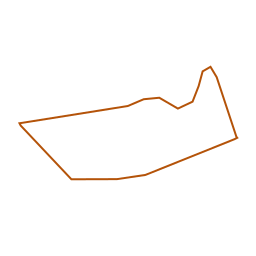 Djibouti, Equal Earth projection, rotated 352°
{"feature_id": "DJI-1567", "entity_name": "Djibouti", "entity_type": "City", "adm_level": 1, "iso_a3": "DJI", "parent_name": "Djibouti", "parent_adm1": "", "projection": "equal_earth", "projection_center": [43.069, 11.565], "detail": "fine", "context": "isolated", "style": "outline", "palette": "amber", "viewbox_px": 256, "rotation_deg": 352, "n_neighbors": 0, "source": "natural_earth", "source_scale": "10m", "svg_char_len": 374}
<svg xmlns="http://www.w3.org/2000/svg" viewBox="0 0 256 256"><g transform="rotate(352 128 128)"><path d="M21.2,108.2L130.8,106.2L147.6,101.7L163.2,102.4L180.1,115.7L195.6,110.9L203.8,96.3L209.8,82.3L218.2,78.9L222.9,90.0L234.1,151.7L234.8,152.9L231.9,153.9L138.7,176.9L109.9,177.1L64.8,170.9L22.1,110.7L21.2,108.2Z" fill="none" stroke="#b45309" stroke-width="2"/></g></svg>